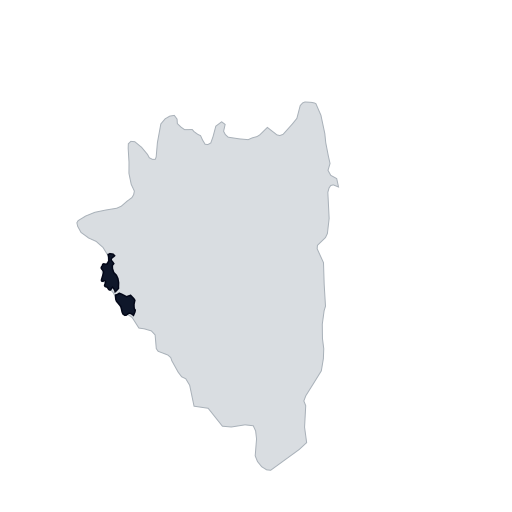 Posavina highlighted on a map of Bosnia and Herzegovina, rotated 226°
{"feature_id": "BIH-3153", "entity_name": "Posavina", "entity_type": "Canton", "adm_level": 1, "iso_a3": "BIH", "parent_name": "Bosnia and Herzegovina", "parent_adm1": "", "projection": "robinson", "projection_center": [18.542, 44.999], "detail": "fine", "context": "in_parent", "style": "filled", "palette": "ink", "viewbox_px": 512, "rotation_deg": 226, "n_neighbors": 0, "source": "natural_earth", "source_scale": "10m", "svg_char_len": 3216}
<svg xmlns="http://www.w3.org/2000/svg" viewBox="0 0 512 512"><g transform="rotate(226 256 256)"><path d="M404.3,150.2L405.0,152.6L403.1,161.2L399.4,170.4L393.4,179.9L387.1,189.0L385.4,193.7L385.0,201.3L384.2,207.3L385.1,210.6L387.2,213.6L394.2,216.0L403.7,222.0L411.8,229.9L422.2,238.8L425.4,242.1L425.4,245.6L422.4,248.2L413.6,249.2L404.4,248.5L400.8,247.5L397.5,248.6L395.5,250.7L396.6,253.0L406.1,263.9L417.1,279.3L417.8,286.0L416.5,291.2L413.9,294.9L409.3,294.3L405.9,291.4L400.6,291.6L396.5,292.4L391.2,298.0L388.5,297.8L384.0,298.6L381.1,299.7L376.5,298.1L371.7,297.0L369.6,298.8L368.7,302.0L371.7,308.0L377.3,317.3L376.4,324.5L372.1,325.2L368.2,319.3L364.7,318.3L360.8,318.5L351.8,325.4L345.1,331.2L343.6,335.3L341.2,339.7L340.5,342.9L340.6,353.5L328.6,355.2L326.1,356.8L324.7,360.0L325.7,373.7L326.6,381.0L333.5,392.3L333.7,395.9L332.8,398.2L327.9,402.7L325.5,404.3L324.0,404.9L316.0,401.9L312.2,400.5L296.2,390.5L289.1,384.9L278.0,377.7L271.1,373.5L267.6,367.3L262.1,365.8L255.6,367.8L248.3,363.3L253.5,361.0L254.8,358.7L254.2,355.8L251.9,351.9L232.2,334.7L222.6,323.0L221.0,318.8L221.0,307.6L218.7,305.0L204.3,299.9L188.2,285.3L171.6,271.1L169.4,267.1L160.9,256.3L150.5,246.5L142.2,240.3L135.4,233.2L128.0,223.2L124.2,208.2L120.9,194.8L118.5,189.7L113.8,187.8L99.1,172.0L86.6,162.8L86.8,152.8L89.1,136.3L91.7,117.7L94.8,115.1L100.5,113.7L107.1,114.3L112.8,116.6L124.0,129.3L130.4,134.2L135.8,136.1L142.2,130.8L150.1,119.5L156.9,113.6L179.7,115.8L191.0,107.1L209.1,118.5L216.5,120.2L220.8,118.6L226.5,119.3L239.2,122.7L242.1,124.1L246.0,123.8L255.4,119.4L258.6,119.9L269.3,128.6L274.8,128.7L281.3,125.0L285.5,121.7L297.8,124.2L304.9,122.7L310.8,122.5L317.2,124.0L323.0,126.0L328.7,127.8L344.0,128.7L351.3,134.2L354.2,139.6L354.3,142.9L355.0,146.4L359.3,149.9L368.5,151.9L374.3,151.4L377.4,151.2L385.2,148.1L394.5,146.5L401.1,148.3L404.3,150.2Z" fill="#d9dde1" stroke="#a8b0b8" stroke-width="1"/><path d="M328.1,129.8L328.9,130.3L331.2,131.0L333.3,131.1L333.1,129.6L332.7,128.3L332.8,127.5L332.8,127.3L334.1,126.8L334.8,126.9L336.2,127.2L336.9,127.2L337.5,127.0L338.7,126.3L339.3,126.3L339.9,126.5L340.3,127.0L340.9,128.4L341.4,129.3L342.0,130.0L342.8,130.3L343.6,129.9L343.9,129.4L344.0,128.7L344.3,128.1L344.7,127.7L345.3,127.6L345.9,127.9L346.3,128.4L349.6,134.3L350.6,135.4L351.7,135.8L354.1,136.0L354.7,136.2L355.1,136.5L355.3,136.9L355.6,137.6L355.6,137.8L355.6,138.4L355.7,138.7L355.9,139.0L356.3,139.6L356.5,140.0L356.2,141.0L354.3,142.3L353.7,143.4L354.6,146.6L357.6,149.4L359.8,150.7L359.6,151.0L359.2,152.5L356.6,154.5L354.4,154.5L354.4,153.3L354.7,151.1L354.3,149.6L353.4,148.9L351.1,148.7L349.3,148.4L349.0,146.1L346.7,144.0L343.0,142.2L339.2,142.2L335.7,141.0L332.2,138.6L329.5,135.8L328.2,134.6L328.0,131.1L328.1,129.8ZM306.7,120.0L308.8,120.8L312.8,123.3L314.1,123.8L320.3,124.2L322.0,124.9L323.5,126.0L325.5,127.9L324.7,129.3L324.2,131.8L322.0,132.8L319.1,133.8L316.6,134.6L316.0,136.1L315.3,137.5L314.9,138.5L313.0,138.5L310.2,138.5L308.3,138.1L306.1,134.8L304.2,133.0L302.6,131.8L301.0,131.6L299.9,130.1L298.6,127.1L298.4,126.6L299.3,126.5L301.2,126.2L302.7,125.3L303.3,124.2L303.4,122.8L303.6,121.5L304.5,120.4L306.7,120.0Z" fill="#0f172a" stroke="#020617" stroke-width="1.5"/></g></svg>